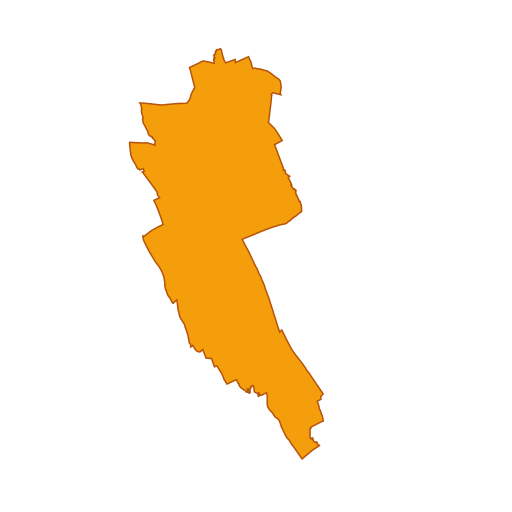 the district of Sopot, Dolj, Romania, rotated 244°
{"feature_id": "2599482B68085275929328", "entity_name": "Sopot", "entity_type": "district", "adm_level": 2, "iso_a3": "ROU", "parent_name": "Romania", "parent_adm1": "Dolj", "projection": "robinson", "projection_center": [23.496, 44.397], "detail": "fine", "context": "isolated", "style": "filled", "palette": "amber", "viewbox_px": 512, "rotation_deg": 244, "n_neighbors": 0, "source": "geoboundaries", "source_scale": "gbopen_adm2", "svg_char_len": 6039}
<svg xmlns="http://www.w3.org/2000/svg" viewBox="0 0 512 512"><g transform="rotate(244 256 256)"><path d="M456.9,315.1L457.3,314.9L457.9,315.0L458.1,314.7L457.9,313.7L458.0,313.4L457.9,313.0L458.3,311.8L458.6,311.3L458.6,310.6L458.4,310.4L457.8,310.3L457.3,310.0L457.6,309.3L457.0,308.8L455.3,308.2L455.5,307.8L455.6,307.4L455.4,306.8L454.9,306.0L454.0,306.2L453.7,306.1L453.2,305.6L452.8,305.7L452.1,305.9L451.8,305.6L452.0,305.4L452.1,304.8L451.9,304.6L451.2,304.1L450.9,304.0L450.7,304.1L450.6,303.8L450.3,303.9L450.0,304.2L449.6,303.9L449.6,303.7L448.8,303.5L447.5,302.8L450.9,298.9L452.3,296.9L454.5,294.1L454.5,284.2L454.6,278.9L449.4,278.0L446.1,277.2L435.5,275.1L434.2,274.6L433.9,274.4L433.5,273.5L429.9,268.7L426.6,265.9L426.2,265.5L424.8,263.2L423.7,260.7L423.9,259.9L425.6,256.4L427.0,253.4L431.4,242.0L432.3,239.1L432.9,237.8L434.8,234.5L438.0,229.5L438.4,229.1L439.6,226.9L441.4,224.2L441.7,223.5L442.7,222.2L442.8,221.6L444.5,218.7L442.5,218.8L440.4,218.4L438.7,217.8L438.5,217.5L437.6,217.5L436.7,216.7L435.9,216.3L434.4,215.9L430.7,215.3L429.5,214.9L428.9,214.1L425.7,213.3L425.3,213.0L424.7,212.9L423.8,213.1L417.6,213.2L415.8,213.4L415.2,213.3L413.4,212.8L412.2,212.7L410.5,213.2L410.2,213.5L409.9,214.0L409.2,214.1L408.9,214.3L408.7,214.5L408.4,215.0L407.6,214.6L407.2,214.6L406.4,215.2L404.5,215.5L403.8,215.9L402.6,215.4L401.9,214.7L400.8,213.9L400.0,213.8L403.1,210.5L405.5,207.6L407.3,203.5L407.6,203.2L411.5,195.9L413.6,192.3L412.6,191.7L410.0,190.7L401.3,187.7L398.9,187.4L394.8,187.4L390.8,187.9L388.0,187.7L386.0,188.0L386.0,189.0L384.4,189.2L384.3,189.3L383.9,192.9L381.1,192.6L381.3,190.6L376.9,191.6L373.9,192.1L369.4,193.0L356.4,195.2L355.4,194.5L354.4,194.3L353.5,194.3L350.6,194.9L350.8,188.6L346.3,188.6L340.5,188.2L343.2,188.4L342.1,188.4L329.9,187.1L325.0,186.3L325.1,181.4L324.7,173.9L324.5,172.2L323.1,165.5L322.8,164.7L323.0,164.3L323.5,163.7L323.6,163.1L322.9,162.6L322.2,162.7L321.8,162.5L320.2,162.0L318.2,161.8L307.3,161.9L294.5,163.1L290.0,164.0L288.3,164.3L284.4,164.5L282.5,164.5L278.6,164.1L276.7,163.8L271.7,162.2L268.9,160.9L266.3,160.2L262.3,159.9L260.8,159.6L258.7,159.6L255.9,160.2L251.6,160.3L250.3,160.5L249.2,160.9L250.0,161.0L251.2,165.5L247.4,164.4L242.8,162.7L240.2,162.0L239.3,162.0L237.4,161.4L234.6,160.9L231.8,161.0L229.9,161.3L226.0,161.7L224.4,161.5L222.8,161.0L220.2,160.9L216.4,160.3L214.5,160.1L213.7,159.8L212.6,159.6L211.4,159.1L209.3,158.8L208.1,158.1L207.4,158.0L206.2,158.1L205.3,158.5L204.2,157.9L203.7,157.9L202.9,157.5L203.1,159.7L203.3,159.9L203.1,160.0L198.9,160.4L197.3,160.8L196.3,161.3L195.0,162.4L194.4,163.6L194.7,165.4L195.2,167.2L192.9,166.9L189.4,166.7L186.1,166.3L185.1,168.3L184.6,168.8L183.8,170.1L183.7,171.1L174.6,170.1L174.5,172.7L165.2,173.6L162.2,173.5L159.3,173.2L153.6,173.8L153.5,184.2L150.0,184.0L148.6,184.6L148.3,184.3L146.7,184.1L145.3,184.4L143.8,184.9L141.9,186.0L140.8,186.4L140.7,186.7L139.9,187.3L139.4,187.5L138.3,187.5L137.8,187.8L137.6,188.1L137.4,188.7L138.7,189.5L140.4,190.0L140.2,190.6L140.0,190.9L137.8,189.6L137.5,189.1L136.0,189.5L135.7,189.7L135.7,190.1L135.9,190.5L136.1,191.1L137.0,191.5L137.8,191.6L138.4,191.4L138.5,192.1L139.2,192.7L139.1,193.0L139.9,193.4L140.7,193.6L140.7,193.8L140.2,194.0L140.3,194.7L140.6,195.0L141.1,195.1L141.3,195.4L141.3,195.7L140.4,196.6L140.4,196.9L137.4,195.9L136.6,195.9L135.3,195.1L133.8,195.4L132.4,196.6L131.2,197.2L130.3,197.1L129.5,196.6L128.7,196.6L128.7,196.9L129.4,197.5L130.8,198.2L131.8,198.5L131.6,198.8L129.9,198.1L129.1,198.2L129.0,199.2L128.5,199.6L128.3,200.1L128.4,201.3L128.5,203.9L128.4,205.4L126.2,205.0L124.7,204.5L119.1,201.7L116.9,200.8L115.5,200.5L114.6,200.4L112.6,200.6L109.1,201.5L108.0,202.0L106.6,202.2L103.1,202.5L99.9,204.2L98.1,204.7L96.0,204.6L91.1,203.9L80.8,203.9L78.1,204.3L76.9,204.9L76.2,205.0L71.7,205.4L66.0,206.5L53.4,208.4L56.6,221.1L57.0,223.8L57.8,229.9L58.6,229.7L58.8,229.1L61.6,228.5L61.6,229.1L62.4,229.0L62.4,228.7L62.1,228.3L62.2,228.0L62.5,227.6L63.8,226.8L64.6,226.8L65.5,226.9L66.2,226.8L66.3,226.5L66.2,226.2L66.3,226.0L67.0,226.2L67.0,226.4L67.0,226.9L67.6,227.2L67.6,227.4L68.0,227.7L67.7,227.3L67.6,225.9L67.9,225.9L68.0,225.6L68.1,225.0L68.6,224.9L72.1,226.3L73.9,227.5L76.1,228.2L76.8,228.5L76.8,229.6L77.8,230.0L78.1,230.3L78.4,241.3L78.2,244.1L79.6,244.6L83.3,245.5L85.1,245.5L88.3,246.0L89.5,246.1L91.0,245.9L94.0,246.9L98.7,247.4L98.7,251.5L101.3,252.7L102.6,255.9L128.4,252.2L130.9,251.6L134.9,251.2L142.2,249.9L152.0,247.8L157.1,247.1L167.6,246.8L178.2,246.8L178.2,246.6L177.1,243.9L185.6,245.0L193.9,246.4L196.6,246.5L197.6,246.9L210.0,248.7L211.1,249.0L217.5,249.5L224.7,250.3L225.7,250.6L226.3,250.6L229.1,250.8L232.4,250.9L236.0,251.2L239.3,251.0L244.7,251.4L246.7,251.1L262.6,251.4L270.4,251.0L276.9,250.9L277.0,253.2L276.4,260.3L275.8,271.6L275.1,279.8L274.8,282.3L273.6,290.7L272.0,296.7L272.2,298.5L272.6,299.5L272.8,300.9L273.0,302.8L273.6,303.9L273.8,305.6L274.0,306.3L274.3,306.8L274.5,310.1L275.0,311.2L275.8,315.4L276.4,316.8L281.5,318.9L283.8,319.2L285.6,319.6L285.9,318.9L292.5,319.2L292.5,318.8L295.7,319.6L295.8,319.5L296.8,319.8L296.7,320.2L297.3,320.4L296.9,321.0L298.0,320.4L299.5,319.9L299.4,319.1L304.2,318.4L304.2,319.3L307.8,319.4L311.5,319.3L312.2,319.2L312.9,321.3L314.4,320.2L317.6,318.7L318.1,318.6L319.1,319.6L319.9,319.7L320.6,319.5L321.3,318.9L321.3,318.4L322.2,319.0L347.9,321.5L348.3,330.2L357.4,329.3L362.2,328.6L366.1,327.3L370.3,325.7L390.1,338.5L391.9,339.4L393.6,340.7L394.5,340.4L395.3,342.5L394.4,344.0L392.9,345.5L391.4,347.5L390.1,348.9L390.0,349.1L390.8,349.0L391.9,349.2L393.0,350.1L396.3,352.4L397.3,352.9L399.3,353.5L402.0,354.4L403.1,354.5L405.8,353.6L408.3,352.0L412.7,349.9L415.2,348.6L415.7,348.1L416.5,347.8L417.2,347.4L418.0,346.6L418.6,345.7L422.4,341.5L423.5,339.6L425.1,337.7L426.0,335.5L426.0,335.2L427.0,335.4L428.6,335.5L430.8,336.2L433.5,336.6L435.1,336.4L438.4,336.7L438.9,322.3L441.8,323.4L442.9,313.4L446.5,313.1L447.7,313.6L448.6,313.6L450.5,313.8L452.0,314.2L453.1,314.3L456.3,315.2L456.9,315.1Z" fill="#f59e0b" stroke="#b45309" stroke-width="1.5"/></g></svg>